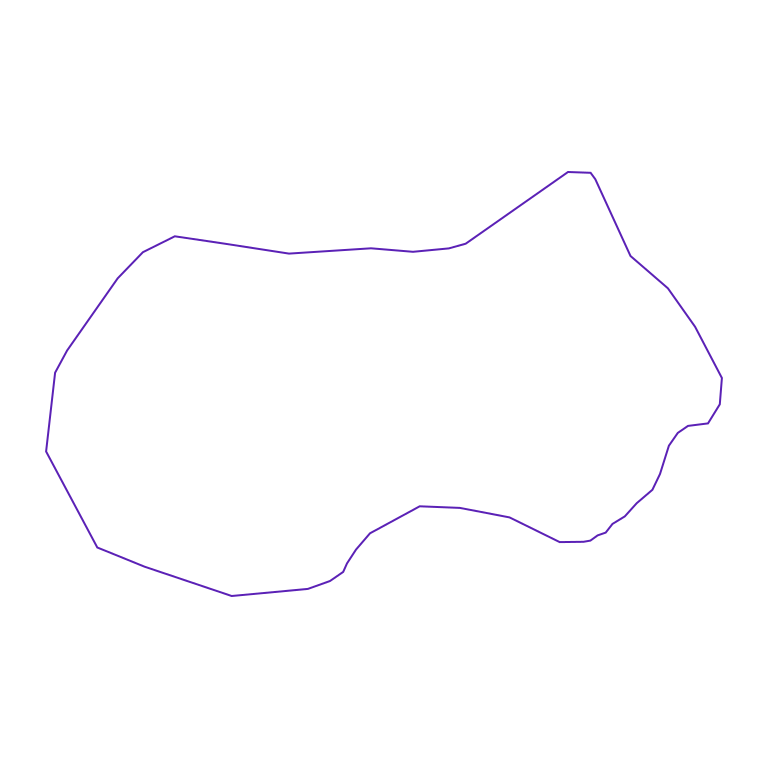 the border of Semic
{"feature_id": "SVN-984", "entity_name": "Semic", "entity_type": "Municipality", "adm_level": 1, "iso_a3": "SVN", "parent_name": "Slovenia", "parent_adm1": "", "projection": "orthographic", "projection_center": [15.185, 45.649], "detail": "fine", "context": "isolated", "style": "outline", "palette": "violet", "viewbox_px": 768, "rotation_deg": 0, "n_neighbors": 0, "source": "natural_earth", "source_scale": "10m", "svg_char_len": 687}
<svg xmlns="http://www.w3.org/2000/svg" viewBox="0 0 768 768"><path d="M413.0,251.8L448.8,248.4L465.7,243.7L568.0,172.0L590.6,172.8L595.3,179.2L630.5,256.0L667.9,288.3L695.1,326.8L721.9,378.0L719.8,404.3L708.0,423.4L688.0,425.9L677.8,432.9L668.9,445.7L660.0,474.0L652.4,489.8L636.7,503.2L624.8,516.4L612.5,523.9L605.7,532.6L597.6,535.4L590.4,540.6L583.5,541.8L559.7,542.1L509.5,517.4L459.8,507.9L419.7,506.3L370.0,533.3L356.0,549.6L347.0,563.4L343.2,571.9L330.0,581.0L307.9,588.9L231.7,596.0L144.6,566.7L97.3,547.5L46.1,451.5L55.1,372.7L67.1,350.5L117.7,278.3L142.9,252.2L174.8,236.3L224.8,243.7L289.0,253.6L371.0,248.3L413.0,251.8Z" fill="none" stroke="#5b21b6" stroke-width="2"/></svg>